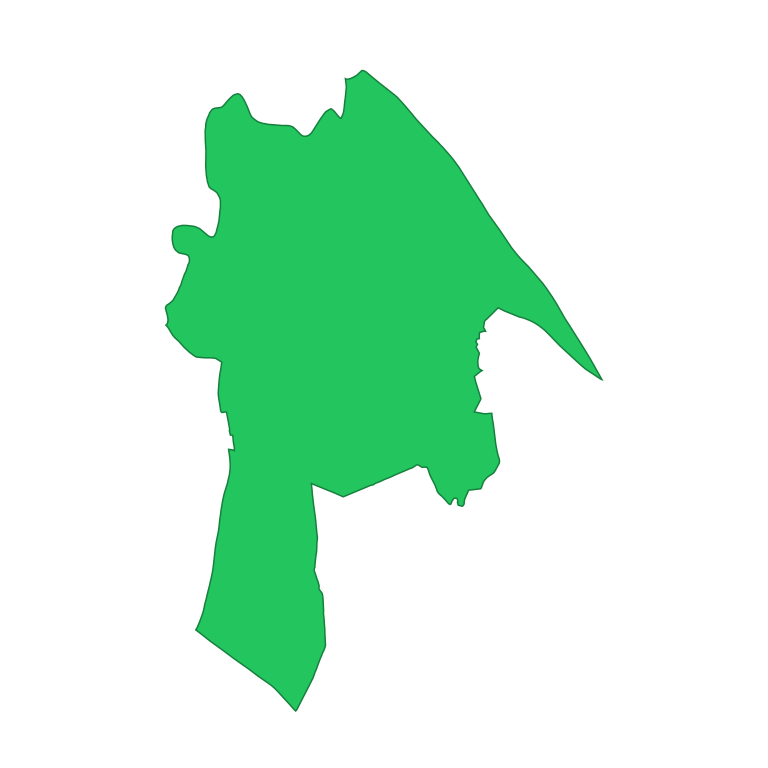 Vung Liem, Vĩnh Long, Vietnam, rotated 353°
{"feature_id": "81297802B24233120148790", "entity_name": "Vung Liem", "entity_type": "district", "adm_level": 2, "iso_a3": "VNM", "parent_name": "Vietnam", "parent_adm1": "Vĩnh Long", "projection": "equal_earth", "projection_center": [106.149, 10.058], "detail": "fine", "context": "isolated", "style": "filled", "palette": "green", "viewbox_px": 768, "rotation_deg": 353, "n_neighbors": 0, "source": "geoboundaries", "source_scale": "gbopen_adm2", "svg_char_len": 6132}
<svg xmlns="http://www.w3.org/2000/svg" viewBox="0 0 768 768"><g transform="rotate(353 384 384)"><path d="M600.8,406.1L591.8,384.2L585.5,370.3L575.0,348.0L574.3,346.6L571.5,340.8L564.9,325.0L561.5,317.8L557.6,310.2L554.0,303.7L541.8,285.3L535.2,276.7L531.0,270.5L527.2,264.2L517.6,245.3L508.5,228.7L503.1,216.5L501.0,212.4L500.2,210.6L486.6,181.9L485.0,178.4L480.3,170.0L478.0,166.3L475.4,162.4L471.0,156.0L468.9,153.3L467.3,150.9L462.4,144.8L448.3,125.2L444.7,119.5L440.4,112.9L436.9,107.7L432.0,100.9L429.9,98.6L416.1,84.7L408.6,76.8L404.1,71.9L401.7,70.4L400.2,70.2L394.7,74.2L391.2,75.7L388.2,76.7L385.2,77.1L383.6,76.8L382.9,76.3L382.9,84.1L382.3,87.1L380.5,95.1L379.3,99.5L378.3,104.3L376.8,109.7L373.9,115.1L373.3,115.0L371.5,113.0L367.7,107.0L365.7,104.9L365.2,104.5L364.6,104.4L361.4,105.7L359.4,106.7L357.9,108.1L353.0,113.4L343.6,124.9L342.4,126.1L339.8,127.9L337.9,128.4L336.7,128.6L333.9,128.1L332.1,126.7L327.5,120.7L324.9,117.8L322.4,116.5L320.7,115.9L318.5,115.5L314.8,115.1L300.3,112.1L298.0,111.2L296.2,110.8L294.0,109.9L290.8,108.4L288.6,106.4L285.9,103.7L284.8,101.8L284.0,99.5L282.0,91.8L279.7,84.9L278.1,81.6L277.3,80.5L276.4,79.2L274.4,78.1L271.9,78.4L270.0,78.9L269.2,79.3L266.5,81.2L263.5,83.6L259.8,87.1L257.2,89.2L255.5,89.6L253.6,89.7L250.6,89.6L249.1,89.8L247.3,90.3L246.0,91.4L244.1,93.4L242.9,95.8L241.4,98.1L240.1,100.7L239.0,103.6L238.2,107.7L237.4,110.6L236.3,120.9L235.7,131.1L234.1,142.7L233.8,144.3L233.5,147.6L233.1,155.6L233.3,158.1L233.4,161.6L234.3,166.3L234.5,167.1L235.9,168.9L239.0,171.3L240.3,172.5L241.6,174.0L243.3,178.2L243.9,180.3L243.9,183.0L243.0,189.9L242.7,190.3L242.4,191.6L240.1,201.8L238.9,205.3L235.7,213.5L233.7,216.4L232.4,217.1L231.3,217.1L230.3,217.0L229.2,216.6L228.3,216.1L226.7,214.6L221.4,208.8L219.8,207.2L216.9,205.5L214.5,204.3L210.8,203.4L207.0,202.5L203.2,202.0L201.8,202.1L198.3,202.5L196.7,203.1L195.3,203.8L194.3,204.7L193.1,206.3L191.6,212.8L191.4,216.5L191.6,220.0L192.1,222.7L192.7,224.3L193.8,226.2L195.1,227.5L195.9,228.5L197.3,229.2L202.2,230.9L204.4,231.9L205.8,233.5L206.0,235.0L206.1,236.4L205.7,239.1L204.2,241.5L201.2,248.0L199.3,250.8L196.4,256.6L194.3,261.2L192.8,263.2L191.6,265.7L190.0,268.3L186.2,273.3L184.9,275.0L183.2,276.4L180.5,278.1L178.4,279.1L177.7,279.8L177.2,280.2L176.8,280.8L176.6,281.3L176.4,282.0L176.4,282.6L177.4,290.4L177.5,293.7L177.2,295.4L176.4,297.3L176.0,298.0L175.6,298.6L174.7,299.0L176.0,300.8L177.1,302.8L178.2,305.4L180.2,309.8L182.1,312.7L185.5,316.6L189.8,322.8L191.3,324.7L194.9,328.9L199.2,333.0L201.2,334.4L205.9,335.5L210.3,336.3L215.1,336.9L218.4,337.6L220.1,338.1L221.5,339.2L225.6,342.5L225.4,343.2L224.3,347.6L222.4,353.8L220.9,359.9L219.1,368.7L218.5,372.0L218.3,372.7L218.2,378.0L218.5,384.2L218.6,390.2L218.6,390.9L218.7,391.3L219.1,391.9L219.6,392.5L220.3,392.6L223.9,392.4L224.2,392.6L224.9,402.5L225.2,408.3L225.3,410.4L225.2,410.9L225.1,411.1L224.8,411.3L225.3,416.0L226.9,416.2L227.5,416.5L227.6,416.9L227.4,423.3L227.7,428.8L227.4,431.9L225.5,430.9L221.8,429.9L221.9,435.3L221.9,439.6L221.6,444.6L221.4,446.4L220.8,450.1L219.2,456.2L218.8,457.0L216.7,462.9L215.6,465.5L212.7,471.9L211.6,474.5L209.4,480.9L206.8,489.7L205.9,493.4L204.5,498.5L202.4,507.5L201.8,509.7L198.1,520.8L196.7,525.8L192.4,544.0L191.2,548.5L189.7,553.1L186.4,562.3L182.8,571.6L182.0,574.0L179.2,581.0L178.3,583.8L177.0,587.5L175.7,590.4L172.0,597.6L168.8,603.1L167.2,605.1L172.0,609.8L180.3,618.2L192.6,629.6L201.3,638.0L208.1,644.2L214.9,650.3L223.3,658.5L235.0,669.0L237.5,671.7L240.4,675.3L247.0,684.6L250.0,688.7L255.3,696.4L256.5,697.8L257.5,696.9L258.3,695.9L263.7,687.8L273.2,673.9L276.9,668.3L277.7,667.1L279.1,664.4L280.6,661.3L281.1,660.6L282.5,658.1L283.7,655.6L287.1,649.1L289.3,645.3L290.1,643.7L292.3,640.3L292.7,639.4L293.5,637.9L293.8,637.0L294.1,636.1L295.0,623.4L295.4,619.5L295.5,616.0L295.8,610.5L296.0,604.2L296.2,602.7L296.4,602.0L297.2,591.2L297.3,589.4L297.3,586.1L297.2,584.9L297.0,584.1L296.4,582.9L294.7,580.0L294.5,579.0L294.5,578.4L294.9,577.3L295.0,576.8L294.9,575.4L294.4,572.0L293.7,569.4L293.3,567.0L292.1,561.1L292.0,560.3L292.0,559.8L293.0,557.4L293.2,556.7L293.4,555.0L294.1,552.3L295.2,547.3L296.5,542.8L297.2,539.0L298.1,533.2L299.1,529.1L299.2,527.3L299.2,523.7L299.6,509.1L299.4,494.6L299.5,483.5L299.7,479.9L299.7,476.7L299.9,474.0L309.0,479.1L322.1,486.4L329.8,491.0L358.3,483.0L360.0,482.8L361.3,482.7L362.4,482.0L363.5,481.5L367.7,480.5L372.5,478.9L378.0,477.5L381.3,476.5L383.6,475.7L399.6,471.1L401.0,470.9L403.1,470.1L406.1,468.5L406.6,468.3L407.2,468.3L408.1,468.6L411.4,471.1L412.1,471.4L414.9,471.5L415.8,471.7L416.3,471.9L416.7,472.4L417.1,473.1L417.5,474.8L418.3,479.1L419.3,482.5L421.7,488.8L422.7,491.9L423.8,497.0L424.4,498.4L425.4,499.9L426.6,501.3L428.0,502.8L431.4,507.5L433.0,509.9L433.6,510.7L434.4,511.3L435.0,511.6L435.3,511.6L435.8,511.2L436.3,510.3L437.4,508.3L439.2,506.3L439.7,505.9L440.5,506.0L441.4,506.1L442.3,506.6L442.8,507.2L442.9,507.7L442.9,509.2L442.5,510.1L442.8,513.0L443.0,513.4L443.5,513.6L444.2,513.8L444.8,514.0L446.4,514.8L447.0,514.8L447.3,514.6L447.8,514.2L448.7,513.2L448.9,512.6L449.5,510.0L449.9,508.6L450.8,506.9L455.1,499.7L466.7,499.8L467.0,499.8L467.3,499.6L467.7,499.3L468.1,498.6L469.6,495.7L470.6,493.6L471.7,492.2L473.5,490.5L475.2,489.1L481.7,485.8L483.0,484.6L484.6,482.5L486.6,479.6L488.6,476.9L489.1,475.4L489.3,474.3L489.3,473.7L489.2,472.5L488.8,470.3L488.4,467.8L488.0,464.0L487.6,457.4L487.6,437.4L487.3,431.1L487.4,426.2L484.1,426.0L481.8,426.0L480.5,425.9L479.2,425.6L470.2,422.7L477.6,411.8L478.4,410.2L475.3,393.2L474.6,387.5L481.0,383.5L483.0,382.6L480.5,380.7L480.0,379.8L479.6,377.6L479.8,373.4L480.4,370.6L481.2,368.3L482.4,365.2L479.9,358.5L481.7,356.0L480.3,353.7L481.6,350.8L484.2,350.6L484.3,348.1L484.9,345.3L485.4,344.5L486.1,344.3L488.3,344.1L488.8,343.7L491.2,344.1L490.3,341.3L489.6,340.3L491.1,335.1L491.6,333.9L492.3,333.0L493.8,332.2L506.6,322.3L512.8,326.4L526.5,334.0L529.6,335.1L531.9,336.2L535.5,338.2L538.8,340.2L541.8,342.4L544.8,344.9L547.4,347.5L550.2,350.4L554.4,355.7L562.9,367.1L580.6,388.0L585.8,393.7L599.3,405.2L600.8,406.1Z" fill="#22c55e" stroke="#15803d" stroke-width="1.5"/></g></svg>